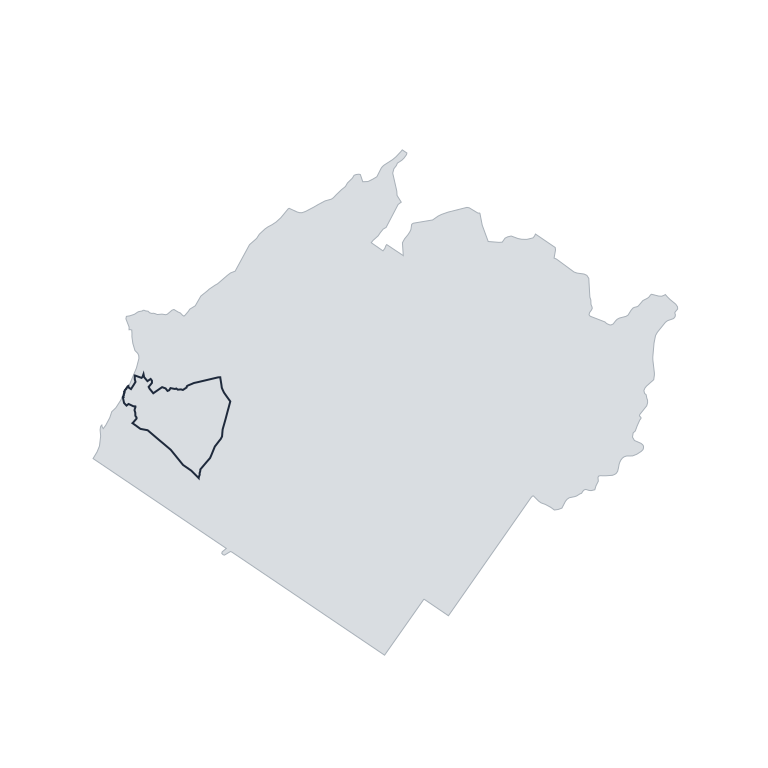 Al Ganab, Red Sea, Sudan shown in context, rotated 214°
{"feature_id": "16777658B97228063474151", "entity_name": "Al Ganab", "entity_type": "district", "adm_level": 2, "iso_a3": "SDN", "parent_name": "Sudan", "parent_adm1": "Red Sea", "projection": "robinson", "projection_center": [36.252, 19.345], "detail": "fine", "context": "in_parent", "style": "outline", "palette": "slate", "viewbox_px": 768, "rotation_deg": 214, "n_neighbors": 0, "source": "geoboundaries", "source_scale": "gbopen_adm2", "svg_char_len": 6252}
<svg xmlns="http://www.w3.org/2000/svg" viewBox="0 0 768 768"><g transform="rotate(214 384 384)"><path d="M499.8,588.3L494.2,588.3L493.6,586.8L493.7,582.7L494.3,579.6L496.4,574.6L495.9,571.9L496.2,568.0L494.7,563.7L481.3,551.1L478.6,547.6L471.4,544.4L472.7,540.8L469.8,515.0L471.3,512.0L471.7,507.4L471.7,503.5L473.4,496.9L473.6,494.0L459.3,493.8L459.1,496.7L459.8,499.9L459.7,501.1L439.8,501.2L447.7,511.4L448.1,515.8L447.6,521.4L447.7,524.9L448.1,527.2L450.3,531.8L450.1,532.6L449.6,533.7L435.4,547.2L433.0,553.5L431.1,556.8L427.0,562.3L414.0,576.8L411.9,577.7L402.0,578.2L401.0,578.6L400.3,579.2L399.9,579.1L391.4,570.6L377.3,560.4L367.9,565.7L365.3,567.7L365.2,572.6L363.8,575.1L361.3,577.8L354.3,579.5L350.7,581.0L346.4,583.8L342.2,588.4L341.9,590.8L342.3,593.0L318.4,592.9L316.8,591.1L313.4,583.5L310.9,584.0L289.1,583.1L286.0,583.9L279.7,587.0L276.6,587.5L273.3,586.1L261.9,571.1L259.5,569.3L256.9,565.7L254.5,564.1L253.6,563.0L253.4,561.4L253.5,558.1L252.7,556.0L250.9,555.5L235.5,559.0L233.2,558.6L230.0,559.2L228.9,559.8L227.6,561.8L227.3,566.0L226.9,568.0L225.7,570.3L221.2,575.4L220.2,577.6L220.4,583.2L220.1,586.1L219.4,587.4L217.5,589.5L216.8,590.8L216.0,598.0L213.6,602.3L213.0,603.9L212.8,607.0L212.4,608.0L205.4,610.5L202.8,612.1L201.2,614.5L200.8,615.5L197.8,614.7L194.0,614.0L186.7,613.3L183.8,612.1L182.5,610.4L182.9,606.1L182.2,605.1L181.1,604.3L180.3,602.5L180.5,600.2L184.3,595.1L185.2,592.5L186.3,579.8L186.0,576.0L183.0,568.9L176.2,556.6L174.5,554.2L165.9,544.2L164.9,542.7L162.8,538.4L165.2,529.1L165.4,526.5L164.9,523.9L162.7,521.9L160.7,521.7L158.2,519.2L156.5,518.0L155.0,515.9L154.0,512.8L154.9,501.8L154.4,500.4L152.2,499.9L151.7,499.2L151.8,497.1L150.7,490.8L149.4,485.6L150.1,482.8L148.3,478.9L144.8,477.2L137.8,478.5L135.6,478.3L134.1,477.6L133.1,476.1L132.6,474.4L133.1,471.9L135.1,467.2L137.7,463.4L142.7,459.9L144.1,458.1L144.9,456.0L145.1,453.6L144.8,451.1L144.2,448.9L142.8,445.8L141.5,442.3L141.5,439.9L142.1,438.2L143.5,436.1L148.6,432.1L153.7,428.7L154.6,427.5L154.3,426.1L152.0,423.3L151.3,418.0L150.1,414.2L152.7,411.4L154.6,410.4L157.6,409.5L158.8,408.3L159.2,406.1L159.1,403.9L160.2,402.3L161.7,398.9L162.9,397.3L166.8,393.3L167.8,390.7L168.0,388.2L167.1,380.6L169.4,377.4L172.3,374.8L176.5,375.0L182.9,374.4L187.3,373.3L190.4,373.4L197.5,374.8L198.2,374.2L198.6,372.2L201.0,227.9L230.3,228.0L230.6,227.7L231.9,159.5L416.1,159.6L417.6,159.3L420.6,152.9L421.8,152.5L423.7,152.8L424.3,154.3L422.8,159.5L583.5,159.5L583.9,167.3L585.2,173.5L589.8,182.4L593.7,187.2L595.0,189.9L595.2,191.1L595.0,192.2L593.8,190.9L591.8,190.0L591.6,194.2L592.5,202.8L594.2,208.8L593.0,214.3L593.2,223.7L595.2,234.9L594.8,242.1L598.2,258.9L601.5,268.2L603.3,270.5L605.3,271.7L609.2,272.5L614.9,277.2L619.4,282.2L621.1,284.8L623.3,287.7L624.8,287.2L625.7,286.4L627.2,288.7L634.4,293.7L635.4,296.0L632.9,298.3L629.9,302.2L628.4,305.9L627.7,307.0L625.3,309.3L624.9,310.4L623.8,311.1L622.7,311.2L620.3,312.4L618.1,312.0L615.8,312.7L615.0,313.6L613.2,314.3L610.8,314.8L607.1,317.8L603.8,319.3L602.7,320.6L601.0,326.7L599.8,328.3L595.0,328.5L592.6,329.0L589.4,328.3L587.8,328.4L587.4,329.7L586.8,335.0L586.9,337.3L584.2,343.3L585.0,354.5L582.4,362.9L582.0,364.8L579.3,371.5L578.0,374.0L574.6,386.5L573.3,390.3L570.5,394.3L573.4,424.3L571.0,433.5L571.1,438.5L569.4,445.9L568.1,449.3L565.9,453.4L564.0,458.0L562.5,464.1L561.4,475.6L560.9,476.6L552.3,478.0L549.6,478.9L547.8,480.1L545.6,483.1L541.2,491.2L538.8,496.2L535.2,502.9L531.0,507.8L530.1,510.1L529.4,514.4L527.9,521.3L526.4,526.2L526.7,530.2L525.3,537.0L525.5,540.3L524.1,542.2L522.1,543.9L520.7,544.4L514.7,539.8L510.5,542.9L507.9,547.4L505.8,551.8L507.0,561.3L506.9,563.4L506.3,565.6L502.3,574.9L501.1,579.1L499.9,586.5L499.8,588.3Z" fill="#d9dde1" stroke="#a8b0b8" stroke-width="1"/><path d="M499.1,276.1L501.7,283.6L506.6,285.4L511.6,287.3L512.2,287.6L514.9,289.2L515.9,289.9L516.3,290.1L518.5,292.6L523.0,297.4L523.5,298.0L525.1,296.9L539.5,281.3L541.9,278.8L542.6,277.9L542.9,277.3L545.6,273.3L546.2,271.9L545.7,270.7L547.4,266.6L549.3,266.0L551.8,264.0L553.7,264.1L554.3,263.2L554.7,262.9L558.7,261.2L558.6,258.7L559.6,257.2L562.6,258.2L566.2,257.3L570.1,247.3L575.7,249.0L577.5,250.0L577.2,252.7L577.0,255.2L578.3,257.0L580.3,257.7L581.7,254.1L583.5,254.6L586.8,255.6L588.9,257.7L588.2,255.0L588.4,253.5L595.2,251.8L595.4,251.7L595.2,251.4L593.3,248.6L591.2,246.8L591.0,242.7L591.0,241.9L591.0,241.6L590.9,238.9L590.9,238.3L594.5,238.3L594.6,238.6L594.8,238.7L594.8,238.9L594.8,239.0L594.7,239.3L594.8,239.4L594.9,239.2L595.1,239.0L595.2,238.8L595.2,238.6L595.1,238.4L595.1,238.5L595.1,238.1L595.2,237.8L595.2,236.8L595.2,236.5L595.2,236.2L595.3,235.8L595.2,235.6L595.2,235.4L595.2,235.2L595.0,235.3L595.0,235.2L595.2,234.8L595.3,234.5L595.4,234.3L595.4,234.2L595.4,233.8L595.4,233.6L595.3,233.4L595.4,233.1L595.3,233.3L595.2,233.2L595.1,233.3L595.1,233.5L595.0,233.3L595.1,233.2L595.0,232.8L595.0,232.7L595.0,232.4L594.9,232.3L595.0,232.2L594.9,232.1L594.7,231.8L594.5,231.4L594.5,231.5L594.4,231.5L594.4,231.3L594.2,231.3L594.2,231.2L594.3,231.2L594.2,231.0L594.2,230.9L594.1,230.7L594.1,230.4L594.0,230.2L593.9,230.1L593.9,229.9L593.7,229.7L593.7,229.9L593.7,230.0L593.7,229.9L593.6,229.7L593.5,229.8L593.6,229.7L593.7,229.4L593.6,229.1L593.5,228.9L593.4,228.9L593.4,228.7L593.3,228.4L593.2,228.2L593.2,227.8L593.2,227.7L592.9,227.8L592.8,227.7L593.0,227.6L593.2,227.4L593.1,227.2L592.9,226.9L592.8,226.7L588.9,222.9L585.4,222.1L584.6,224.6L579.3,225.4L577.6,226.4L577.2,226.0L576.5,223.5L576.1,222.7L574.1,221.1L572.5,218.8L571.8,218.3L570.7,218.0L570.1,217.5L569.8,216.9L570.2,213.7L570.4,211.7L570.6,210.9L560.8,210.6L554.1,213.5L538.1,211.7L534.0,211.3L524.0,210.2L505.3,204.5L495.3,204.4L488.1,203.0L485.1,202.4L485.3,202.7L485.4,203.3L485.5,203.6L485.6,203.8L485.7,204.0L485.8,204.5L485.9,205.1L486.0,205.5L486.2,205.9L486.4,206.2L486.7,206.6L487.0,206.9L487.1,207.2L487.2,207.6L487.3,208.1L487.5,208.6L487.8,209.4L488.4,210.3L488.5,210.5L487.5,219.7L486.8,225.4L487.5,229.1L489.3,237.7L489.2,238.5L488.8,245.1L488.6,247.1L488.7,247.8L488.9,249.7L488.9,249.9L489.0,250.0L489.9,251.7L490.8,253.2L490.9,253.5L491.1,253.8L492.2,255.8L492.4,256.2L492.7,257.1L495.0,264.1L495.8,266.5L499.1,276.0L499.1,276.1Z" fill="none" stroke="#1e293b" stroke-width="2"/></g></svg>